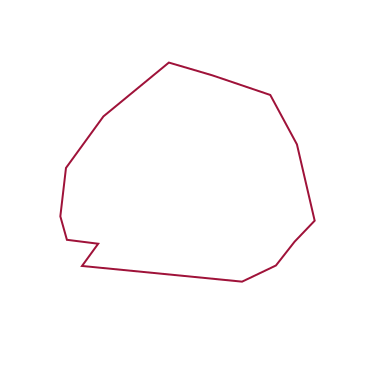 an SVG outline of Saint David, rotated 36°
{"feature_id": "GRD-5071", "entity_name": "Saint David", "entity_type": "Parish", "adm_level": 1, "iso_a3": "GRD", "parent_name": "Grenada", "parent_adm1": "", "projection": "robinson", "projection_center": [-61.661, 12.056], "detail": "fine", "context": "isolated", "style": "outline", "palette": "rose", "viewbox_px": 384, "rotation_deg": 36, "n_neighbors": 0, "source": "natural_earth", "source_scale": "10m", "svg_char_len": 338}
<svg xmlns="http://www.w3.org/2000/svg" viewBox="0 0 384 384"><g transform="rotate(36 192 192)"><path d="M308.1,143.1L304.2,171.9L303.1,202.1L285.2,235.1L146.5,316.5L146.5,289.0L118.9,304.2L99.8,289.1L75.9,246.6L75.9,182.9L97.2,100.9L139.8,85.7L198.3,67.5L248.9,91.8L308.1,143.1Z" fill="none" stroke="#9f1239" stroke-width="2"/></g></svg>